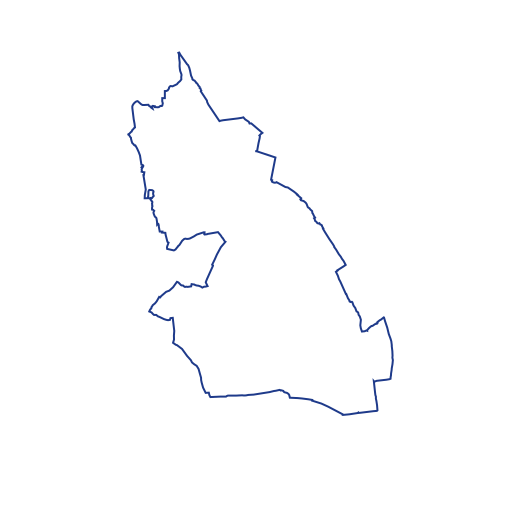 Dobarceni, Botosani, Romania (Mercator projection), rotated 27°
{"feature_id": "2599482B34827774742587", "entity_name": "Dobarceni", "entity_type": "district", "adm_level": 2, "iso_a3": "ROU", "parent_name": "Romania", "parent_adm1": "Botosani", "projection": "mercator", "projection_center": [27.051, 47.84], "detail": "fine", "context": "isolated", "style": "outline", "palette": "blue", "viewbox_px": 512, "rotation_deg": 27, "n_neighbors": 0, "source": "geoboundaries", "source_scale": "gbopen_adm2", "svg_char_len": 6103}
<svg xmlns="http://www.w3.org/2000/svg" viewBox="0 0 512 512"><g transform="rotate(27 256 256)"><path d="M405.3,358.2L405.5,358.2L411.0,354.7L417.0,350.4L417.7,349.9L418.0,349.4L418.1,349.6L420.0,348.4L431.0,341.0L433.9,339.2L434.2,338.8L434.3,338.4L431.6,334.0L429.1,330.5L427.6,328.7L426.7,326.9L425.5,325.7L424.4,324.1L417.8,314.0L418.3,314.2L418.9,313.9L420.1,312.5L428.4,307.0L430.8,305.2L431.6,304.3L430.9,302.7L430.5,301.2L429.7,299.4L428.6,296.0L428.0,294.6L426.7,290.4L425.2,286.6L423.7,284.7L422.9,282.8L420.7,278.9L417.7,274.4L417.6,274.0L415.3,270.6L413.3,268.5L409.7,265.2L405.5,260.3L400.6,255.5L398.0,252.7L397.7,252.7L396.3,255.8L395.4,257.1L394.2,259.7L394.6,260.2L394.4,260.4L394.5,260.6L394.0,261.2L394.3,261.5L392.9,262.8L391.7,265.1L391.4,265.5L390.7,265.9L390.4,266.5L389.5,268.6L388.8,271.2L388.7,271.6L389.0,272.1L388.2,272.2L387.0,273.7L384.7,275.2L382.2,272.8L380.4,270.4L378.4,265.2L375.9,262.7L374.1,261.8L372.8,260.1L372.2,259.8L370.7,259.7L368.1,257.3L365.4,255.9L362.9,253.5L362.3,253.3L361.0,254.1L360.0,254.0L359.7,253.4L357.0,251.8L353.7,248.9L353.4,249.1L342.6,240.4L340.5,239.0L338.0,236.5L334.4,233.8L335.3,232.0L335.0,231.8L339.3,224.5L339.8,223.5L339.6,223.3L339.8,223.1L336.2,220.6L333.9,219.5L331.8,218.1L329.0,216.8L324.4,213.9L321.6,212.5L321.4,212.0L319.2,210.6L313.8,207.7L306.6,203.4L303.3,201.3L303.5,200.9L301.2,199.4L301.0,199.0L300.6,198.7L299.8,198.6L299.1,198.8L297.6,198.0L297.2,198.6L295.8,198.9L294.2,198.1L292.8,197.9L291.5,196.5L290.6,196.0L291.2,195.0L289.6,194.1L287.4,192.4L286.8,192.2L285.6,190.5L283.3,189.9L281.9,189.2L280.5,189.1L279.8,188.8L277.5,186.7L276.0,185.9L273.5,185.4L270.7,185.9L269.9,185.4L270.2,185.0L270.1,184.0L265.0,182.8L265.2,182.5L264.3,182.2L260.4,181.4L253.2,180.5L250.9,181.2L240.8,180.9L240.4,181.6L238.9,182.4L237.5,182.6L236.4,182.5L236.2,182.1L236.0,181.1L234.8,181.2L228.6,159.4L209.5,162.3L208.6,162.6L208.5,162.4L209.2,161.6L207.0,154.3L205.8,149.5L205.1,147.5L204.3,147.1L204.9,145.2L205.8,143.4L191.6,140.0L191.2,140.1L190.4,140.8L190.1,140.9L188.7,139.7L184.3,139.2L181.8,138.2L180.6,139.3L177.3,141.7L165.0,150.0L163.2,151.4L162.2,152.4L144.8,142.7L142.6,141.0L141.7,139.8L132.0,134.3L132.1,133.4L131.6,133.2L130.4,131.9L129.5,131.9L129.0,130.9L127.2,130.3L126.2,129.5L124.5,128.8L123.9,128.8L123.7,128.5L121.6,127.6L120.4,127.7L119.5,127.6L119.0,127.3L118.8,126.8L116.2,124.7L113.0,120.7L111.1,118.6L108.9,116.8L107.5,116.4L97.2,111.0L95.2,109.6L94.6,110.2L95.9,111.4L97.7,114.6L100.1,118.1L101.7,121.5L103.1,123.7L104.4,125.5L107.0,127.9L107.5,128.6L108.1,130.4L109.3,132.6L108.9,134.7L108.3,136.1L107.8,137.6L107.7,138.4L107.4,139.1L104.6,142.7L102.8,143.3L102.4,143.8L102.1,145.0L102.1,145.5L102.4,146.4L102.1,148.6L101.0,149.8L99.9,150.4L103.1,156.7L100.8,157.9L102.2,160.7L103.6,162.2L104.2,164.5L104.0,165.1L102.7,165.7L101.8,167.5L100.9,168.1L98.2,169.3L97.9,168.5L95.9,169.1L95.4,170.0L95.8,170.6L96.8,171.6L94.8,171.3L94.2,170.7L93.3,170.9L92.4,170.7L91.5,170.1L87.7,172.3L86.2,173.0L84.6,172.9L80.5,171.8L79.9,171.9L78.8,173.2L77.9,175.6L77.8,176.7L77.7,177.8L77.9,178.9L78.7,180.4L84.9,189.6L87.8,193.4L89.8,196.4L89.2,197.7L89.0,199.0L88.6,199.9L88.7,201.6L88.4,202.0L87.6,204.6L87.0,205.4L87.1,205.8L87.4,205.9L88.0,205.8L89.8,207.0L90.9,207.4L91.5,208.4L93.3,210.4L94.6,211.6L95.9,211.9L96.8,212.4L98.2,212.6L98.4,212.3L101.0,214.0L104.4,216.7L107.0,219.1L112.4,226.6L114.0,226.4L114.6,226.7L114.8,227.3L114.8,228.1L114.7,228.3L114.0,228.3L113.8,228.5L113.7,229.1L114.7,229.5L114.8,230.8L115.7,232.0L115.8,232.8L116.8,232.7L118.5,232.1L119.4,234.9L119.0,235.1L127.6,246.8L129.2,252.0L130.6,255.1L133.6,253.5L132.9,252.2L132.6,251.1L130.8,247.2L130.8,246.7L130.9,245.6L133.5,244.5L134.8,244.6L135.3,244.9L135.6,245.5L135.7,246.6L136.6,248.0L137.6,248.9L137.1,250.8L137.1,251.4L136.5,252.0L135.3,252.3L135.3,252.7L135.6,253.1L136.6,253.7L137.7,254.0L138.2,254.6L138.9,254.7L139.4,255.5L139.6,256.7L140.0,257.0L140.5,258.1L141.1,258.5L141.2,259.5L141.9,261.1L142.3,261.8L142.8,261.6L143.5,261.6L144.8,262.0L144.7,262.7L145.0,264.0L146.1,265.2L148.0,266.8L149.7,267.2L150.5,268.0L152.3,270.5L153.7,272.9L154.0,271.9L154.3,271.7L154.6,271.9L155.4,272.8L156.1,274.0L159.1,277.9L161.4,276.8L161.6,277.8L164.7,276.5L165.9,278.2L170.4,283.3L171.1,283.8L172.0,283.8L172.3,285.9L172.4,287.2L172.7,288.6L173.6,290.0L180.3,288.3L181.3,286.8L182.0,283.4L182.2,282.9L182.1,282.4L182.3,281.9L182.7,281.3L182.9,279.7L183.3,275.9L184.3,273.4L185.2,272.6L186.6,272.2L187.5,271.7L188.5,271.0L189.3,270.2L191.8,266.7L193.5,263.8L198.7,258.6L199.4,258.3L199.9,260.0L200.4,260.2L202.4,258.9L202.9,258.3L211.3,252.0L215.3,253.7L217.5,255.0L218.1,255.1L221.8,257.3L222.3,257.3L220.7,264.1L220.5,272.4L220.8,277.9L220.9,283.7L222.0,284.0L222.1,284.3L222.8,298.8L223.1,301.9L223.2,302.3L226.5,304.8L225.1,306.1L223.7,306.9L222.5,308.5L220.6,308.3L218.2,308.6L216.6,309.2L215.0,309.5L214.1,309.4L211.4,310.3L212.0,312.5L209.8,314.1L208.8,314.7L207.8,315.0L206.8,315.8L205.8,315.8L204.4,315.4L203.0,316.0L202.1,315.9L198.9,314.8L197.3,314.9L196.3,321.5L194.5,326.2L192.2,328.7L189.7,334.8L189.4,336.4L188.3,336.4L188.1,341.3L187.8,342.8L187.5,344.1L186.3,346.8L186.3,348.2L186.1,349.0L186.5,350.3L186.1,351.3L186.0,352.3L186.1,353.9L188.5,353.7L190.6,354.5L191.9,354.8L193.9,353.8L196.0,354.3L197.8,354.1L202.7,354.0L205.1,353.6L206.8,353.1L208.3,352.0L208.0,350.2L209.9,348.9L217.2,359.9L219.0,364.2L220.9,367.7L221.5,371.0L224.8,371.5L226.1,371.3L232.3,372.4L239.9,376.3L245.3,378.4L247.3,379.9L250.0,380.5L253.0,380.8L256.1,382.7L259.5,386.4L262.3,389.4L263.4,391.4L265.1,393.5L268.6,397.3L273.3,400.8L276.0,399.2L277.7,401.2L279.4,402.4L288.7,397.1L293.1,394.9L293.5,394.1L294.3,393.2L302.2,389.1L306.9,386.4L308.5,385.8L310.3,384.8L312.2,383.3L316.8,380.6L330.0,371.0L333.2,368.2L334.8,367.1L337.8,364.6L339.0,364.6L339.1,364.3L339.9,364.1L341.6,363.8L342.4,364.3L343.1,364.5L345.8,363.9L347.2,364.1L348.1,364.4L348.8,364.9L350.5,366.9L357.8,363.6L361.6,362.1L367.7,359.9L371.5,358.7L371.7,359.4L381.2,357.8L388.4,357.5L389.8,357.5L405.2,357.7L405.3,358.2Z" fill="none" stroke="#1e3a8a" stroke-width="2"/></g></svg>